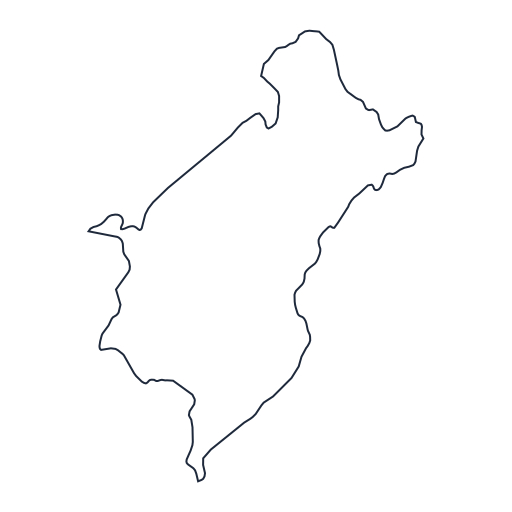 map outline of Mérida (Robinson projection)
{"feature_id": "VEN-27", "entity_name": "Mérida", "entity_type": "State", "adm_level": 1, "iso_a3": "VEN", "parent_name": "Venezuela", "parent_adm1": "", "projection": "robinson", "projection_center": [-71.244, 8.52], "detail": "fine", "context": "isolated", "style": "outline", "palette": "slate", "viewbox_px": 512, "rotation_deg": 0, "n_neighbors": 0, "source": "natural_earth", "source_scale": "10m", "svg_char_len": 3880}
<svg xmlns="http://www.w3.org/2000/svg" viewBox="0 0 512 512"><path d="M261.1,76.0L263.9,63.9L268.4,60.0L274.5,51.3L276.9,48.7L279.0,47.9L285.2,47.0L286.9,46.0L288.5,44.8L290.2,43.7L292.4,43.3L295.6,41.9L298.1,38.4L299.0,35.3L301.5,33.7L305.0,31.4L309.5,30.7L313.0,31.1L316.8,31.4L319.2,31.7L321.5,34.1L326.2,39.1L330.1,42.1L332.4,44.8L333.9,49.8L337.2,65.2L338.3,70.6L338.9,75.0L340.4,79.3L345.4,89.0L347.5,91.8L355.7,97.8L357.9,99.0L359.1,99.5L360.5,99.8L363.0,101.9L365.9,108.5L368.2,109.9L369.1,110.1L372.9,109.4L376.6,112.0L378.2,114.5L379.0,119.1L380.9,124.4L382.2,127.1L383.5,128.7L385.3,130.5L387.1,130.7L389.5,130.3L397.4,126.4L405.4,118.6L406.5,117.9L408.8,116.8L411.3,115.9L412.6,115.6L413.9,116.3L414.8,117.0L415.9,122.0L418.4,123.0L419.6,123.3L420.9,123.8L421.6,125.0L422.0,126.9L421.6,130.2L421.5,134.5L423.4,138.5L418.4,146.5L417.1,150.7L415.5,161.5L414.4,163.7L413.2,165.1L409.0,166.7L404.2,167.8L400.0,169.8L396.2,172.5L394.1,173.6L392.2,174.0L390.9,173.7L389.4,173.5L387.2,174.0L386.1,175.0L385.1,176.1L384.1,178.6L382.6,183.0L380.8,187.1L379.7,188.4L378.7,189.4L377.6,189.9L376.4,190.1L375.2,189.9L374.3,189.1L373.7,187.9L373.3,186.5L372.5,185.4L371.7,184.7L367.9,185.4L359.3,193.5L354.1,197.5L351.5,200.5L349.2,204.2L348.2,206.8L338.1,222.5L334.3,227.8L333.1,227.8L332.0,227.3L330.6,226.3L329.6,226.5L328.5,227.1L323.1,232.4L321.9,234.0L320.1,236.5L319.2,238.3L318.6,240.0L318.6,241.6L318.7,243.2L319.4,246.1L320.3,248.7L320.3,251.0L319.7,254.0L317.6,259.5L316.2,262.0L314.9,263.6L309.0,268.2L306.5,270.7L305.3,272.5L304.7,274.4L304.5,278.6L303.8,281.7L303.0,283.3L302.1,284.6L296.1,290.7L295.1,292.7L294.5,294.7L294.7,301.7L295.1,304.8L295.8,307.7L297.5,313.2L298.1,314.4L298.9,315.3L300.0,316.0L302.4,317.0L303.4,317.8L304.2,318.7L305.5,320.9L306.4,323.6L307.6,329.5L308.0,330.9L309.8,334.8L310.1,336.9L310.2,340.4L309.3,343.1L307.6,346.1L306.1,348.1L301.5,356.7L298.7,366.5L291.5,378.0L273.0,396.5L263.7,402.6L261.4,405.4L255.7,414.0L252.7,417.0L250.3,418.8L244.2,422.6L210.9,449.5L203.2,458.3L203.1,464.9L205.0,473.2L204.5,476.4L203.2,478.8L201.6,479.9L198.1,481.3L196.3,473.7L195.1,470.4L194.0,469.0L193.4,468.3L192.5,467.6L188.4,464.7L187.5,463.9L186.7,462.9L186.4,461.4L186.7,459.4L190.6,450.6L192.4,445.2L192.8,442.0L192.5,427.3L191.3,419.8L189.4,416.4L188.9,415.1L189.6,411.3L194.2,404.3L194.8,400.4L194.6,399.1L192.4,394.7L173.1,380.7L166.9,380.3L165.2,380.4L161.9,379.8L160.2,380.1L157.7,381.0L156.2,381.0L154.0,379.8L151.3,379.7L149.8,380.1L148.7,381.0L147.9,382.0L147.0,382.8L145.9,383.4L144.0,382.9L141.8,381.6L136.1,376.0L134.1,373.3L123.9,355.3L122.9,354.2L117.9,350.2L115.5,348.9L110.9,348.3L101.1,349.9L100.0,348.9L99.7,348.0L99.5,346.8L99.5,345.8L100.2,341.3L101.7,335.4L102.5,333.6L108.6,325.4L111.6,319.0L112.9,317.3L116.4,315.2L117.8,313.7L118.6,312.5L120.5,304.7L116.0,289.5L128.3,272.3L129.6,269.7L129.9,266.5L129.0,261.5L128.9,261.0L128.5,260.4L124.3,254.4L123.8,253.1L123.3,251.7L122.8,243.7L122.4,242.3L121.8,240.8L120.8,239.4L119.0,237.8L117.6,237.0L88.6,231.3L90.4,228.7L93.5,227.0L96.7,226.2L99.0,225.2L101.2,224.0L103.9,221.7L106.5,218.8L107.3,217.8L108.2,216.9L109.6,216.0L111.5,215.2L115.1,214.6L117.3,214.7L118.9,215.1L120.0,215.8L121.0,216.5L121.8,217.5L122.4,218.6L122.8,220.0L122.9,221.5L122.8,223.0L122.3,224.4L121.2,226.7L120.9,227.9L121.1,229.1L122.5,229.2L124.6,228.6L128.5,226.9L130.9,226.3L132.9,226.2L134.3,226.5L135.5,227.1L136.5,227.8L138.4,229.4L139.5,230.0L140.6,229.7L141.7,228.4L145.1,215.0L145.6,213.7L148.4,208.4L153.1,202.3L168.0,187.9L231.1,135.6L237.9,127.5L242.6,122.8L246.4,120.8L250.3,117.8L255.6,114.1L259.4,113.4L261.2,115.4L263.5,118.1L265.3,121.5L265.6,124.5L266.8,127.5L268.5,128.5L271.8,126.8L275.6,123.5L277.7,117.4L278.2,110.1L278.2,106.4L279.1,102.4L279.1,96.0L277.9,92.0L274.4,88.3L269.7,83.6L267.3,81.6L263.8,77.9L261.1,76.0L261.1,76.0Z" fill="none" stroke="#1e293b" stroke-width="2"/></svg>